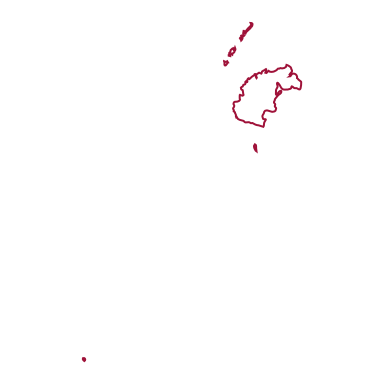 SVG path tracing the border of Western
{"feature_id": "FJI-2620", "entity_name": "Western", "entity_type": "Division", "adm_level": 1, "iso_a3": "FJI", "parent_name": "Fiji", "parent_adm1": "", "projection": "natural_earth1", "projection_center": [177.638, -19.194], "detail": "fine", "context": "isolated", "style": "outline", "palette": "rose", "viewbox_px": 384, "rotation_deg": 0, "n_neighbors": 0, "source": "natural_earth", "source_scale": "10m", "svg_char_len": 4831}
<svg xmlns="http://www.w3.org/2000/svg" viewBox="0 0 384 384"><path d="M263.3,126.8L258.5,125.3L257.0,125.1L255.4,124.6L252.4,123.0L251.0,123.2L249.3,122.3L248.6,122.2L245.7,122.4L245.2,122.3L244.6,122.0L244.2,121.6L243.9,121.2L243.6,120.9L239.6,119.8L237.9,118.9L236.6,116.7L236.2,117.2L235.9,116.5L235.9,115.2L235.8,114.5L235.6,114.1L235.4,113.8L235.1,113.3L235.0,112.4L234.7,112.0L233.7,111.4L233.7,111.0L233.9,110.4L233.7,109.9L233.3,109.3L233.1,108.6L233.2,108.1L234.0,106.9L234.2,106.2L234.2,105.4L233.9,104.8L233.6,104.4L233.5,103.7L233.9,102.4L234.8,101.8L237.4,101.6L238.9,101.0L239.3,100.7L239.9,99.9L240.0,99.4L239.8,98.9L239.7,98.2L239.7,95.9L239.8,95.0L240.0,94.8L240.4,95.0L242.4,95.7L242.8,95.6L243.5,95.0L243.5,94.6L243.3,94.1L243.2,93.6L243.1,92.8L242.9,91.5L242.8,90.8L242.7,90.2L242.3,89.9L241.7,89.7L241.2,89.2L240.9,87.7L241.6,87.0L242.7,86.5L243.2,85.3L243.4,84.8L244.7,84.5L245.2,84.1L245.4,83.4L245.3,82.6L245.3,82.0L245.9,81.4L246.6,82.2L247.2,82.0L247.4,81.2L247.1,80.4L247.5,79.4L248.0,78.6L248.6,78.3L249.1,79.1L249.4,79.1L251.8,76.8L254.1,75.2L254.3,74.9L254.5,74.8L254.5,74.5L254.6,74.2L255.1,74.0L255.5,74.1L255.9,74.3L256.1,74.4L255.9,74.5L255.5,75.0L255.7,76.2L256.1,77.4L256.5,78.1L256.8,77.7L256.5,76.9L256.2,76.1L256.2,75.3L256.5,74.5L256.9,74.1L258.8,72.9L259.1,72.7L261.3,73.6L261.6,73.2L261.8,72.4L262.0,71.6L262.3,71.3L262.8,71.1L263.1,70.8L263.5,70.5L264.7,70.3L264.9,69.9L265.1,69.6L265.7,69.3L266.0,69.1L266.2,69.3L266.2,70.2L266.2,70.9L266.0,71.5L265.8,72.1L265.4,72.7L266.3,73.0L267.1,72.4L267.8,71.5L268.6,70.8L269.8,71.7L271.5,71.9L273.2,71.7L274.4,71.3L276.1,70.4L276.8,69.9L277.4,69.2L278.1,68.6L279.4,68.6L280.3,68.1L282.1,68.4L284.3,68.0L286.0,66.8L286.5,64.9L287.7,65.3L289.3,66.2L290.6,67.2L291.2,68.3L291.3,69.1L292.0,70.4L292.0,71.3L291.6,72.0L290.1,73.7L289.6,74.5L290.2,74.9L290.3,75.4L290.1,75.9L289.6,76.3L290.4,76.2L291.9,74.1L292.9,73.6L294.3,73.7L295.5,74.2L296.4,75.1L297.0,76.3L297.1,76.9L297.0,77.7L297.0,78.1L297.3,78.3L298.3,79.3L298.4,79.5L298.6,79.7L301.0,81.6L301.2,82.1L301.1,85.1L300.6,88.1L300.3,88.8L299.9,89.3L299.5,89.4L298.8,89.3L297.6,88.7L297.1,88.4L296.6,88.2L296.2,88.1L295.1,88.2L294.5,88.1L294.0,87.9L292.6,86.7L292.2,86.5L291.7,86.4L291.5,86.7L291.4,86.9L291.4,87.3L291.3,87.5L291.3,87.8L291.1,88.1L290.5,88.7L289.6,89.0L287.8,89.5L284.6,89.6L283.6,89.5L282.7,89.2L282.1,88.8L281.7,88.3L281.2,87.8L279.7,85.1L278.5,83.5L278.0,83.0L277.4,82.8L277.1,83.1L277.0,83.7L277.1,84.4L277.5,85.7L277.6,86.3L277.5,86.9L277.3,87.5L276.5,88.9L276.2,89.6L276.0,90.3L275.9,94.0L276.0,94.4L276.1,94.6L276.3,94.7L276.5,94.6L276.8,94.5L277.0,94.2L278.7,92.1L279.2,91.6L279.8,91.1L280.3,90.9L280.7,90.8L281.1,90.9L281.3,91.2L281.3,91.8L281.2,92.4L280.9,93.0L280.1,93.8L279.0,94.5L277.8,95.6L275.1,98.9L274.9,99.3L274.8,100.2L274.6,100.7L274.3,101.2L274.1,101.6L274.0,102.1L274.0,102.6L274.3,103.1L274.7,103.5L275.1,104.0L275.2,104.6L275.0,105.5L274.8,106.0L274.9,106.6L275.2,107.0L275.5,107.3L275.9,107.7L276.1,108.2L276.1,108.7L275.5,110.6L275.0,111.1L274.5,111.4L273.2,111.7L272.5,111.8L272.0,111.8L267.6,110.5L266.9,110.4L266.2,110.5L265.1,110.8L264.6,111.3L264.2,111.9L263.8,113.3L263.5,113.9L262.7,115.2L262.5,115.7L262.4,116.2L262.5,116.9L262.9,118.2L263.0,118.7L263.3,119.0L263.6,119.1L264.0,119.2L265.3,119.2L265.6,119.3L265.8,119.6L265.7,120.0L264.4,122.2L264.2,122.7L264.1,123.2L263.9,125.0L263.8,125.9L263.3,126.8ZM234.2,50.1L234.4,49.7L235.0,47.8L235.3,48.6L235.4,49.6L235.1,50.4L234.6,51.0L234.2,52.3L232.5,53.6L232.3,54.7L232.0,54.5L231.8,54.4L231.7,54.2L231.5,53.8L230.9,54.2L230.5,54.7L230.3,55.3L230.3,56.1L228.7,55.7L228.7,55.2L229.3,55.2L229.5,55.2L229.3,54.5L229.2,53.6L229.3,52.8L229.7,52.4L230.2,52.2L230.4,51.5L230.5,50.8L230.7,50.1L231.1,49.7L232.4,48.5L232.9,48.3L232.9,48.6L233.6,49.8L233.8,50.1L234.2,50.1ZM250.6,23.0L251.7,23.1L252.4,23.7L252.5,24.6L252.2,25.8L251.8,26.5L250.8,27.3L250.6,27.9L250.4,28.2L246.8,31.5L246.0,32.4L245.5,33.6L245.0,33.3L244.8,33.1L244.5,33.5L244.1,33.9L243.6,34.0L243.2,33.6L243.2,33.2L243.5,31.5L243.6,30.9L244.0,30.9L244.7,31.7L245.8,31.1L247.9,28.5L250.5,26.0L251.3,24.6L250.6,23.0ZM224.1,61.2L225.5,61.8L226.3,61.8L227.2,61.2L228.0,62.5L227.6,62.6L227.4,62.9L227.4,63.2L226.5,64.5L225.8,65.3L225.1,65.5L224.5,64.9L224.4,63.8L224.6,62.8L224.7,62.1L224.1,61.7L224.1,61.2ZM255.7,144.9L256.0,145.6L256.1,146.5L256.1,148.1L256.5,151.3L255.7,150.7L255.0,149.5L254.4,148.3L254.1,147.2L254.0,146.1L254.1,145.6L254.9,144.4L255.1,144.6L255.3,144.7L255.4,144.8L255.7,144.9ZM244.0,35.8L242.2,37.4L241.7,38.2L242.4,38.6L242.2,39.2L242.0,39.6L241.6,40.1L241.2,40.5L241.1,40.1L240.7,39.5L239.9,38.2L240.3,37.6L241.6,36.8L241.2,35.7L241.9,35.4L243.1,35.5L244.0,35.8ZM84.3,361.0L83.3,360.1L82.8,359.0L83.1,358.1L84.2,358.1L84.9,358.6L85.2,359.5L85.0,360.4L84.3,361.0Z" fill="none" stroke="#9f1239" stroke-width="2"/></svg>